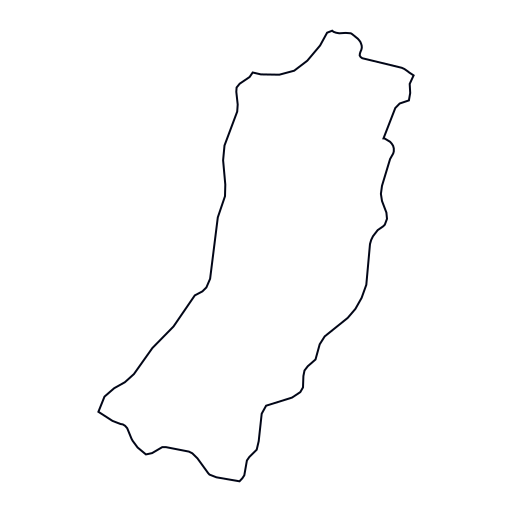 the Province of Reggio Emilia
{"feature_id": "ITA-5359", "entity_name": "Reggio Emilia", "entity_type": "Province", "adm_level": 1, "iso_a3": "ITA", "parent_name": "Italy", "parent_adm1": "", "projection": "orthographic", "projection_center": [10.582, 44.607], "detail": "fine", "context": "isolated", "style": "outline", "palette": "ink", "viewbox_px": 512, "rotation_deg": 0, "n_neighbors": 0, "source": "natural_earth", "source_scale": "10m", "svg_char_len": 1539}
<svg xmlns="http://www.w3.org/2000/svg" viewBox="0 0 512 512"><path d="M98.4,411.8L104.5,396.6L114.2,388.2L124.9,382.2L133.9,374.1L152.4,348.0L173.5,326.5L194.8,295.4L202.4,291.4L206.4,287.4L210.1,278.8L217.8,217.4L225.0,196.2L225.3,184.6L223.1,160.3L224.5,145.5L237.2,111.6L237.7,104.6L236.3,91.8L236.6,87.5L239.7,83.7L249.6,77.0L252.7,72.5L253.6,72.7L260.9,74.4L279.3,74.7L294.2,70.7L307.3,60.7L320.1,45.5L327.1,32.7L332.2,30.7L333.5,31.8L336.0,32.7L339.3,33.3L345.6,32.9L350.8,33.3L352.1,34.1L357.9,38.8L359.1,40.2L360.3,41.8L361.1,43.7L361.7,45.7L361.8,47.8L361.3,49.9L360.5,51.7L359.9,53.6L359.7,55.5L360.6,57.0L362.2,58.2L401.8,67.8L404.4,69.0L407.7,71.3L409.2,72.5L413.6,75.4L409.7,83.9L410.2,93.0L408.9,100.4L399.7,103.5L395.3,108.0L383.5,138.4L384.6,138.5L390.1,141.8L391.7,143.6L393.1,145.8L393.8,148.4L393.8,151.4L393.2,153.5L390.1,159.0L382.0,185.8L380.9,193.9L382.0,201.0L386.4,212.6L387.0,218.8L384.8,224.7L383.2,226.3L377.7,230.1L373.0,236.2L371.2,239.9L370.0,244.0L366.3,284.8L361.6,297.9L355.4,308.9L347.7,317.9L324.7,336.4L319.7,344.3L315.5,359.5L307.8,366.2L304.5,370.5L303.4,376.0L303.0,387.4L300.3,392.1L292.0,397.6L266.1,405.7L261.7,413.7L258.7,441.2L256.7,449.7L249.3,457.0L246.9,460.5L244.3,475.3L242.4,478.2L239.5,481.3L216.4,477.3L209.5,474.6L208.2,473.2L197.4,458.3L192.3,453.3L188.9,451.6L165.8,447.1L162.3,447.1L152.1,453.1L148.0,454.0L145.9,454.4L137.6,447.5L132.7,440.9L131.5,438.7L127.2,428.2L125.1,425.8L122.8,424.4L120.5,424.0L112.5,420.9L98.4,411.8Z" fill="none" stroke="#020617" stroke-width="2"/></svg>